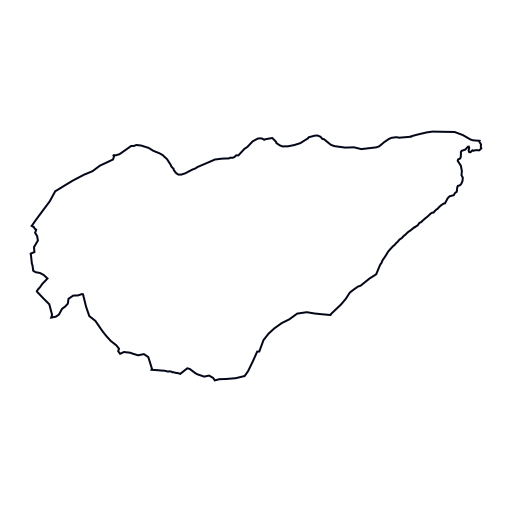 Mali, Mali, Guinea
{"feature_id": "49546643B49159513129654", "entity_name": "Mali", "entity_type": "district", "adm_level": 2, "iso_a3": "GIN", "parent_name": "Guinea", "parent_adm1": "Mali", "projection": "albers", "projection_center": [-12.025, 12.05], "detail": "fine", "context": "isolated", "style": "outline", "palette": "ink", "viewbox_px": 512, "rotation_deg": 0, "n_neighbors": 0, "source": "geoboundaries", "source_scale": "gbopen_adm2", "svg_char_len": 3987}
<svg xmlns="http://www.w3.org/2000/svg" viewBox="0 0 512 512"><path d="M51.2,317.6L55.8,316.7L58.9,314.6L62.1,308.8L65.2,306.5L67.8,303.7L68.5,298.8L73.2,295.6L78.1,295.4L81.8,294.1L83.0,294.3L86.1,306.8L89.3,316.1L95.4,320.9L102.1,330.7L106.2,335.9L110.8,341.0L116.3,345.3L119.0,348.7L118.2,351.2L120.1,353.8L124.0,352.0L127.2,352.4L130.1,352.7L132.8,353.7L138.1,355.3L143.9,354.1L148.3,357.1L151.9,368.6L151.5,369.8L155.0,370.0L163.5,370.7L164.4,370.7L165.4,370.9L166.5,371.2L167.5,371.5L168.5,371.5L169.4,371.3L170.4,371.5L171.6,371.7L172.5,372.3L173.5,372.2L174.4,372.5L175.5,372.8L176.4,373.0L177.0,372.9L177.9,373.2L179.7,373.6L180.2,373.9L187.3,368.3L189.8,369.0L195.0,372.9L197.1,374.2L204.2,376.6L209.1,375.6L213.1,377.9L214.8,380.4L219.4,379.2L226.0,379.0L235.7,378.2L244.7,376.0L248.1,371.1L253.0,361.0L257.2,351.6L259.3,351.5L263.5,340.1L268.6,333.6L274.3,328.4L281.7,323.1L289.2,319.4L297.2,313.6L306.8,312.2L314.6,313.5L322.5,314.3L330.5,315.0L331.1,313.9L341.1,304.4L345.9,298.7L349.8,292.6L353.8,289.5L357.9,286.6L360.6,285.7L369.4,278.6L376.3,274.2L376.8,272.7L377.4,271.4L378.0,269.8L378.6,268.5L379.2,267.0L379.9,265.4L380.7,263.9L381.5,262.9L382.2,261.0L383.1,259.4L384.1,258.1L384.8,257.0L385.6,255.8L386.8,253.9L387.6,252.4L389.1,250.5L390.6,248.8L391.9,247.4L393.0,246.2L394.7,244.9L396.1,243.1L397.2,242.2L398.4,240.9L399.5,239.5L400.7,238.8L401.9,238.0L403.0,236.7L404.1,235.6L404.8,235.1L405.5,234.6L406.2,233.8L407.5,232.6L408.3,231.9L409.3,231.2L410.0,230.8L411.0,230.0L411.7,229.4L412.4,229.0L412.8,228.4L413.8,227.9L414.5,227.1L415.0,227.2L415.9,226.5L416.5,226.0L417.2,225.6L417.7,225.4L418.3,224.5L419.1,223.2L420.6,222.3L421.2,222.1L422.4,220.8L423.4,220.0L424.0,219.5L425.4,218.2L426.4,217.5L427.8,216.3L428.4,215.8L428.8,215.4L430.5,213.7L431.6,213.0L432.6,212.6L433.7,212.5L434.6,211.2L435.4,210.5L436.4,209.5L437.4,209.0L438.2,208.1L438.8,207.4L439.6,206.6L440.2,206.1L440.7,205.7L441.1,205.2L442.2,204.6L442.8,204.1L443.8,203.5L445.0,203.4L445.4,202.6L447.7,198.2L449.6,196.3L453.7,195.2L455.1,192.9L456.8,191.7L457.2,187.6L457.8,185.9L459.9,185.3L461.3,183.8L462.5,181.0L462.8,177.6L461.5,175.3L461.6,173.9L461.9,171.3L460.9,165.8L457.7,160.8L458.1,159.4L460.2,158.5L460.8,156.7L460.9,154.4L460.9,151.9L461.7,150.8L463.2,150.3L465.1,149.7L468.1,146.6L468.8,146.6L469.2,147.9L468.6,150.5L469.2,152.1L470.5,152.2L472.4,150.3L473.3,150.8L475.3,150.2L476.7,150.2L479.3,150.3L481.3,148.4L480.8,146.8L481.0,144.4L479.2,141.5L479.5,140.8L472.9,140.3L470.5,139.5L462.9,135.1L454.7,132.0L449.0,131.9L432.5,131.6L426.7,132.4L417.0,134.7L411.2,136.3L411.2,136.7L410.1,136.8L399.2,137.7L396.4,137.2L391.6,137.8L389.0,138.9L384.1,142.2L379.4,146.2L376.5,147.3L373.4,147.7L361.3,149.1L353.9,147.3L345.2,147.6L334.2,146.1L330.7,144.7L324.0,139.2L322.5,139.0L320.4,136.7L317.5,135.5L314.6,135.7L308.7,137.3L308.0,138.3L300.4,143.1L299.8,143.3L294.5,145.0L288.0,146.3L282.4,146.4L279.9,145.4L276.4,143.1L276.1,141.9L272.3,138.0L265.0,139.3L264.2,139.8L262.2,138.6L260.2,138.3L257.7,138.6L252.6,141.4L247.4,146.9L244.4,148.9L238.4,155.4L236.3,155.3L234.3,157.1L233.3,157.5L232.5,157.8L230.2,157.7L229.1,158.4L222.5,158.6L215.0,159.5L197.3,167.1L195.5,168.4L193.1,169.3L191.9,169.8L185.3,173.3L181.3,174.6L178.4,174.6L176.3,173.3L173.8,170.1L173.6,168.9L171.2,166.3L170.9,165.2L167.0,159.1L163.8,156.2L162.7,155.1L159.5,153.3L153.3,150.8L148.6,147.9L141.0,145.5L136.3,145.0L134.1,145.9L131.3,146.0L131.1,146.0L127.6,148.5L119.5,154.2L115.8,155.3L113.8,155.2L113.5,155.5L114.1,156.2L113.0,159.5L99.8,165.7L92.5,171.2L84.0,174.7L72.6,180.7L64.5,185.6L55.2,191.3L49.7,201.4L44.0,209.0L38.8,216.0L35.2,220.9L31.9,225.7L31.7,225.9L34.0,227.2L34.6,228.6L36.2,229.7L35.1,232.8L37.1,236.0L37.9,240.5L34.0,247.1L34.4,252.1L30.7,253.6L31.2,257.3L31.8,263.1L32.6,266.0L33.2,270.7L35.6,272.2L40.0,273.0L43.6,274.9L47.5,278.5L42.3,283.9L40.0,287.2L38.0,289.4L36.8,291.2L37.2,291.9L43.4,298.4L49.3,304.3L52.1,314.9L51.2,317.6Z" fill="none" stroke="#020617" stroke-width="2"/></svg>